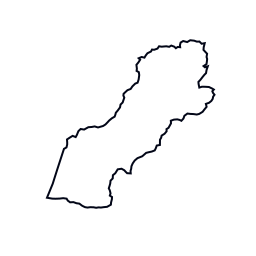 outline of Campo Magro, Paraná, Brazil, rotated 74°
{"feature_id": "56859067B84797689700286", "entity_name": "Campo Magro", "entity_type": "district", "adm_level": 2, "iso_a3": "BRA", "parent_name": "Brazil", "parent_adm1": "Paraná", "projection": "equal_earth", "projection_center": [-49.466, -25.298], "detail": "fine", "context": "isolated", "style": "outline", "palette": "ink", "viewbox_px": 256, "rotation_deg": 74, "n_neighbors": 0, "source": "geoboundaries", "source_scale": "gbopen_adm2", "svg_char_len": 2310}
<svg xmlns="http://www.w3.org/2000/svg" viewBox="0 0 256 256"><g transform="rotate(74 128 128)"><path d="M135.4,85.4L132.8,84.8L132.6,81.5L133.3,78.2L134.5,76.1L135.8,74.7L134.2,72.1L131.8,70.4L130.5,66.9L131.6,64.3L132.7,61.1L134.0,58.2L134.1,55.7L133.0,51.8L131.2,49.4L129.3,46.6L126.3,46.5L126.1,43.2L125.0,40.5L123.4,38.6L121.3,37.5L119.9,35.7L117.7,36.6L115.9,36.8L114.7,34.9L113.3,36.2L110.9,38.9L109.7,42.3L108.7,45.5L108.8,48.3L105.1,48.0L103.1,47.6L101.7,45.2L99.7,42.5L97.9,39.9L96.8,37.9L93.9,36.5L90.7,34.3L90.9,37.3L89.3,38.3L88.3,35.0L86.2,34.0L83.5,32.9L81.4,32.9L78.4,31.5L76.5,32.5L73.7,33.9L71.1,32.9L69.4,31.9L67.6,30.9L67.3,34.0L64.6,35.5L63.9,38.1L62.3,40.3L60.8,44.0L61.7,47.4L59.6,51.0L60.4,53.9L62.8,55.3L64.7,55.6L63.8,57.9L64.5,60.0L62.6,61.1L60.7,63.7L61.3,66.0L60.0,68.7L59.1,73.3L58.0,75.6L59.8,77.8L60.0,81.3L59.2,83.3L60.8,84.8L61.5,88.7L63.1,90.9L64.9,92.8L63.5,95.3L63.9,98.5L65.7,97.5L67.8,99.9L69.6,102.5L73.4,103.1L75.5,104.0L77.3,102.2L80.2,102.6L84.3,104.4L87.1,106.3L87.3,108.8L89.2,112.3L91.2,114.7L91.5,118.1L92.7,120.5L93.9,122.8L95.6,123.5L97.8,123.2L100.1,124.8L102.0,126.1L103.4,128.7L106.0,130.0L108.4,133.1L110.0,135.5L111.6,136.4L113.4,137.7L114.2,140.8L115.6,144.0L116.9,146.1L118.4,148.7L119.2,151.4L119.2,156.7L117.3,159.6L117.0,162.7L116.3,165.9L117.4,170.6L115.9,173.8L117.4,176.6L120.5,179.0L122.3,180.8L120.3,183.4L121.1,186.3L122.2,189.8L125.0,190.4L127.1,191.0L129.7,192.5L130.4,195.3L148.0,207.2L152.8,210.4L155.5,212.2L160.8,215.7L172.7,225.1L175.0,220.3L176.0,217.2L177.0,213.2L177.6,209.6L179.0,206.5L181.2,205.9L183.5,204.1L184.2,200.9L186.1,198.3L187.3,195.6L190.1,193.5L192.2,191.2L193.3,188.9L193.7,186.2L194.7,183.0L195.9,180.6L196.2,178.1L197.0,176.0L197.4,173.1L198.0,169.8L197.0,165.6L194.9,164.8L192.0,163.1L189.9,162.4L188.0,164.1L186.0,162.8L182.8,162.7L180.7,163.1L178.6,161.7L176.5,160.4L173.8,159.3L172.3,156.6L169.2,155.5L168.0,152.7L164.9,149.3L165.4,145.4L167.6,143.2L169.3,142.4L171.2,141.3L172.4,137.9L170.0,137.4L168.1,136.2L165.7,135.2L163.3,133.2L161.1,130.5L159.6,127.2L159.1,122.1L156.9,117.4L157.0,114.7L157.2,111.6L156.9,108.5L155.3,107.0L152.8,105.2L153.1,102.0L150.1,101.1L148.1,100.5L146.5,98.8L144.6,97.8L143.6,94.4L141.8,91.8L139.7,91.3L139.0,89.0L135.4,85.4Z" fill="none" stroke="#020617" stroke-width="2"/></g></svg>